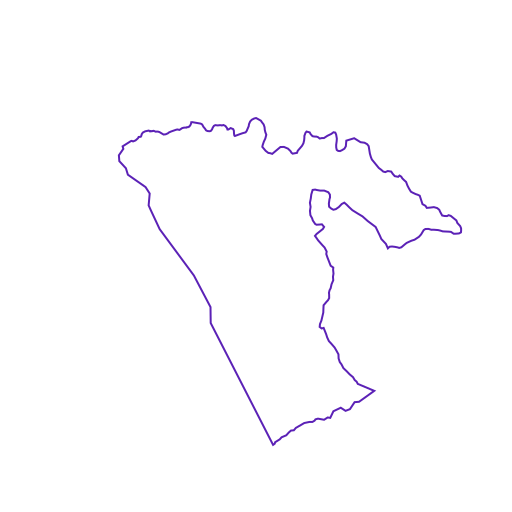 San Pedro Yaneri, Oaxaca, Mexico (Robinson projection), rotated 211°
{"feature_id": "50627088B33343665113881", "entity_name": "San Pedro Yaneri", "entity_type": "district", "adm_level": 2, "iso_a3": "MEX", "parent_name": "Mexico", "parent_adm1": "Oaxaca", "projection": "robinson", "projection_center": [-96.382, 17.426], "detail": "fine", "context": "isolated", "style": "outline", "palette": "violet", "viewbox_px": 512, "rotation_deg": 211, "n_neighbors": 0, "source": "geoboundaries", "source_scale": "gbopen_adm2", "svg_char_len": 4426}
<svg xmlns="http://www.w3.org/2000/svg" viewBox="0 0 512 512"><g transform="rotate(211 256 256)"><path d="M144.1,102.9L143.3,104.8L143.7,106.2L141.2,111.1L140.7,113.8L137.7,117.9L137.0,121.6L136.1,124.4L133.8,126.1L133.3,129.2L128.6,137.7L124.6,141.4L122.2,142.8L121.0,145.0L120.9,146.6L119.1,148.5L113.3,150.7L111.4,154.5L109.0,155.5L109.7,162.8L105.2,169.6L99.5,169.4L96.6,173.1L96.2,181.5L92.6,184.1L85.2,201.3L102.9,198.8L105.0,200.1L107.5,200.5L110.4,202.1L114.8,202.8L118.8,203.9L123.3,204.9L127.0,207.2L129.5,208.2L132.4,210.7L134.7,214.2L138.5,216.4L141.4,218.0L145.9,219.5L149.7,220.6L153.1,222.9L155.7,225.2L161.0,229.2L162.4,227.7L164.9,228.0L166.1,230.6L166.7,234.4L169.2,242.2L171.2,245.8L172.7,248.6L172.0,253.0L171.5,255.2L171.6,257.6L173.5,260.7L174.5,262.0L175.3,264.5L175.4,266.8L176.7,270.7L177.3,275.0L179.3,277.8L180.5,280.8L182.8,283.9L183.8,285.9L187.0,286.1L191.5,289.6L194.1,291.6L196.8,293.9L197.7,296.2L201.6,298.6L204.8,299.5L210.8,301.4L213.2,302.5L215.8,303.6L215.4,306.1L214.2,309.3L212.6,313.6L212.6,316.0L215.8,317.1L218.0,315.5L220.2,314.0L221.7,313.9L225.6,315.7L227.3,317.2L230.4,319.0L233.0,322.5L234.5,326.2L237.2,329.4L238.7,333.6L240.3,337.2L241.5,341.8L239.5,343.4L237.8,343.9L234.7,345.1L232.9,346.2L231.2,347.2L226.9,347.9L224.3,346.7L222.7,344.3L222.3,342.6L220.5,338.4L218.7,335.9L216.0,335.4L213.5,335.5L211.7,337.3L210.2,340.7L209.3,344.7L207.8,347.2L204.8,346.7L201.3,345.8L197.0,344.9L190.8,344.8L185.1,344.8L178.2,343.5L168.4,342.5L160.4,337.3L157.3,335.1L150.9,333.3L146.9,330.5L146.3,332.7L144.3,334.2L141.6,335.4L139.1,336.3L137.4,336.7L135.9,338.3L134.4,342.7L133.6,344.8L132.2,346.9L130.6,349.2L128.5,351.6L127.3,354.1L126.2,356.4L125.6,359.5L125.6,364.6L124.7,366.4L122.0,368.1L119.2,368.8L117.1,370.1L113.3,372.0L111.1,372.7L108.6,373.3L105.6,374.9L103.4,376.1L101.3,377.1L98.0,376.9L96.1,378.1L93.6,379.9L92.5,381.8L93.3,383.5L94.5,385.4L96.4,386.8L100.4,388.0L102.6,389.7L104.2,389.9L109.7,390.7L111.9,390.2L112.8,388.6L115.0,387.4L117.3,386.6L121.2,388.9L122.7,390.0L125.4,390.4L128.7,389.5L131.5,387.3L134.4,385.2L136.6,386.3L140.0,386.2L146.7,392.0L148.9,391.8L151.0,391.3L154.1,391.0L156.3,390.9L159.6,392.6L162.5,394.4L165.5,396.8L168.2,397.3L170.6,397.9L172.3,398.8L174.4,398.9L174.9,397.1L178.2,395.9L181.0,396.8L183.6,398.0L186.8,396.7L188.4,394.5L190.4,393.9L193.2,394.4L196.1,394.7L206.4,398.4L208.4,399.9L211.1,402.4L213.3,405.0L216.0,408.2L218.3,409.1L221.3,409.0L225.0,407.4L232.5,407.5L238.0,401.4L235.5,396.3L235.5,393.5L236.8,391.0L238.0,389.2L239.7,388.4L241.4,388.5L243.1,390.3L244.5,392.5L246.0,396.0L247.2,398.3L249.9,401.4L251.6,402.6L253.3,402.0L254.3,399.5L256.7,395.8L258.5,392.1L260.2,391.1L261.9,389.5L264.1,389.8L265.6,389.5L267.6,388.4L269.3,387.8L272.0,388.6L273.6,389.6L276.8,388.7L277.0,387.0L276.4,383.9L275.4,382.2L274.3,379.9L273.4,377.0L273.3,374.2L273.8,371.1L274.4,367.7L274.0,365.5L277.3,362.6L278.8,362.8L280.5,363.7L283.9,364.5L288.2,363.9L291.2,362.0L294.7,351.9L296.9,351.4L298.5,350.7L301.9,351.1L304.2,351.9L306.8,352.8L307.4,354.5L308.2,358.2L308.5,361.4L309.6,365.2L311.7,366.9L313.4,368.6L315.0,370.8L317.2,372.7L319.8,373.7L321.5,374.5L325.0,374.4L327.0,374.3L328.4,372.9L329.8,370.6L330.3,368.3L329.9,365.4L329.1,363.5L328.7,360.5L328.4,358.3L328.6,356.6L330.7,354.4L332.7,352.0L335.9,348.0L336.6,348.1L337.9,349.6L339.5,352.0L340.9,353.0L343.6,352.6L344.9,350.1L345.6,349.7L346.7,350.7L349.2,351.7L351.4,351.5L352.5,350.3L353.4,350.1L354.7,349.3L355.4,348.7L356.3,348.1L358.3,347.2L359.1,345.9L359.2,343.8L358.9,341.8L359.2,339.8L360.1,339.0L362.0,338.1L363.6,338.0L365.1,338.8L367.7,339.7L369.5,340.8L370.5,341.1L371.8,340.9L379.6,337.9L380.4,337.3L380.0,336.5L379.7,335.0L379.7,333.7L379.9,332.4L380.3,332.1L380.7,331.3L381.5,330.9L381.8,330.2L382.9,329.6L384.2,328.6L385.2,327.5L386.5,324.7L387.6,324.3L388.5,324.0L389.4,323.2L392.9,319.0L394.3,317.0L394.7,315.8L396.1,313.8L397.8,312.5L402.6,312.5L404.2,312.1L405.5,311.3L406.0,310.9L408.2,310.6L408.9,309.8L409.4,309.7L409.8,309.1L410.8,308.8L411.0,308.2L412.5,308.3L415.2,305.8L416.6,303.5L416.7,301.5L416.2,299.9L416.2,298.9L416.9,298.3L417.9,297.6L417.8,296.4L418.0,295.5L418.8,293.0L420.4,290.9L421.8,290.7L422.4,290.1L426.8,281.3L424.9,279.5L425.4,271.7L422.0,266.9L412.7,264.2L407.7,259.7L386.2,258.2L379.3,254.8L374.1,244.1L369.8,241.1L352.4,229.4L299.2,207.3L268.7,188.8L260.3,175.2L144.1,102.9Z" fill="none" stroke="#5b21b6" stroke-width="2"/></g></svg>